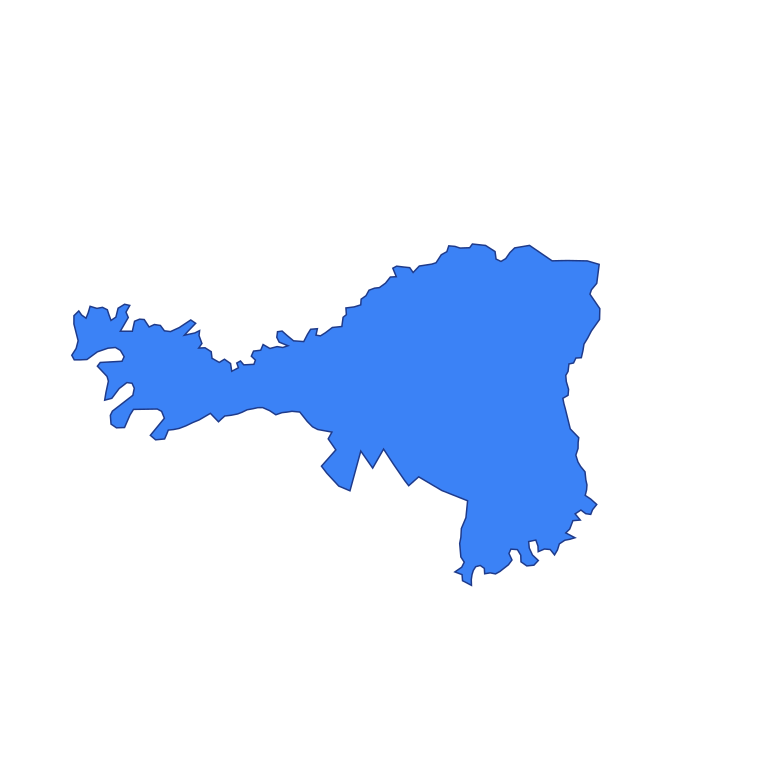 outline of Sarandi, Rio Grande do Sul, Brazil, rotated 324°
{"feature_id": "56859067B70235008034954", "entity_name": "Sarandi", "entity_type": "district", "adm_level": 2, "iso_a3": "BRA", "parent_name": "Brazil", "parent_adm1": "Rio Grande do Sul", "projection": "robinson", "projection_center": [-52.934, -27.931], "detail": "fine", "context": "isolated", "style": "filled", "palette": "blue", "viewbox_px": 768, "rotation_deg": 324, "n_neighbors": 0, "source": "geoboundaries", "source_scale": "gbopen_adm2", "svg_char_len": 3627}
<svg xmlns="http://www.w3.org/2000/svg" viewBox="0 0 768 768"><g transform="rotate(324 384 384)"><path d="M448.1,620.6L443.5,611.3L449.0,610.5L456.5,605.6L462.8,609.4L462.3,601.4L469.2,601.7L471.0,607.5L474.6,611.0L478.8,608.3L485.3,606.5L483.6,598.6L481.3,592.4L485.7,588.7L488.9,584.9L491.0,580.1L495.0,573.2L494.6,566.1L495.1,561.0L497.4,554.3L503.1,550.2L506.7,545.4L510.0,541.9L508.3,529.8L516.2,510.4L518.0,505.6L520.3,500.7L526.3,501.3L530.2,496.8L532.9,489.2L536.1,483.9L540.3,482.0L545.4,476.5L549.7,478.4L554.5,475.8L559.1,478.7L564.6,473.9L569.2,469.3L575.7,466.6L582.9,463.0L596.3,458.5L602.9,449.9L603.4,432.4L607.2,429.7L615.3,427.6L628.4,413.7L620.8,403.9L605.2,392.1L599.5,388.1L592.4,383.2L583.2,357.4L569.7,350.7L563.1,351.7L556.2,354.1L550.7,353.6L548.1,348.8L551.7,342.1L547.6,331.6L537.8,322.7L533.4,324.1L525.4,318.7L522.3,314.4L517.6,310.3L512.6,313.9L506.3,313.1L497.4,316.5L493.1,315.1L481.9,309.3L473.1,310.9L473.2,305.0L468.1,300.4L463.5,296.1L459.2,295.5L457.0,304.4L452.0,301.2L444.5,303.3L436.9,303.3L432.7,300.9L427.0,299.3L421.3,302.0L415.4,301.9L411.7,306.3L405.2,304.1L397.9,300.1L394.3,305.8L390.1,306.0L383.7,312.7L375.4,307.9L366.7,308.1L360.9,307.7L357.7,304.5L362.6,300.1L356.8,296.6L351.4,298.8L344.0,302.5L336.2,295.9L334.1,287.8L332.7,281.3L328.6,279.1L324.7,283.2L323.8,288.5L328.8,296.6L323.6,295.0L319.5,290.9L312.6,288.2L309.4,281.0L304.1,284.2L297.8,280.7L293.0,283.5L294.0,289.1L290.3,291.6L281.8,286.1L281.4,281.0L277.2,280.5L275.8,285.3L268.3,284.2L271.9,277.2L269.5,270.2L263.4,269.7L260.0,262.1L263.2,256.3L260.5,249.5L255.2,246.0L260.5,244.2L262.8,236.1L266.2,232.4L260.9,231.5L251.2,227.2L255.9,226.2L267.3,224.2L265.3,218.6L251.5,218.0L242.1,216.1L237.6,211.9L237.5,205.2L233.2,200.9L227.5,199.8L227.9,190.9L224.4,187.9L219.1,186.6L211.4,193.4L201.7,186.3L216.2,179.9L217.5,174.2L224.5,171.0L221.0,167.0L213.4,166.4L206.4,172.3L200.5,172.1L202.2,166.2L203.8,161.3L201.3,156.5L196.2,154.1L191.9,148.4L186.3,152.7L181.6,155.6L179.9,150.5L180.0,145.5L173.3,146.5L168.4,153.2L162.0,169.2L155.8,174.3L148.3,177.2L147.6,182.4L152.6,186.0L158.1,189.6L171.0,189.5L181.8,192.8L188.2,196.6L190.5,201.9L189.8,209.2L185.4,211.6L167.1,199.8L162.6,201.1L164.4,215.1L162.7,219.7L154.1,227.4L148.5,232.9L155.4,235.6L167.1,232.0L176.8,231.7L180.6,235.3L179.5,240.6L174.2,245.5L148.3,246.3L144.2,248.5L139.6,256.0L141.8,262.2L148.5,266.7L160.4,259.7L166.4,257.3L185.9,271.0L188.0,275.4L186.2,282.6L164.8,288.2L166.4,294.9L174.2,299.5L178.3,297.1L182.4,294.5L186.9,297.1L192.1,299.5L199.1,301.4L206.8,302.8L213.3,304.4L226.3,305.7L227.9,317.3L232.2,316.7L236.4,316.3L241.9,319.4L248.0,322.2L252.5,323.4L258.1,324.4L263.5,327.0L267.9,328.9L272.0,331.8L275.8,338.3L278.4,345.3L284.6,347.2L289.2,349.8L293.5,352.0L299.4,357.2L299.7,364.1L299.9,369.2L301.0,376.6L303.6,381.8L309.5,388.0L313.6,392.3L306.6,395.6L306.3,409.0L285.1,413.7L285.3,422.5L287.4,440.0L293.7,450.4L325.8,424.6L325.4,445.4L345.4,436.4L344.5,454.7L344.0,474.4L344.2,480.8L357.5,479.5L368.2,504.2L383.0,527.6L371.7,540.3L361.6,546.4L356.1,553.2L351.5,557.5L344.5,569.1L344.2,575.3L339.2,577.9L330.9,577.7L335.1,584.1L331.9,589.3L336.4,598.3L339.6,593.6L343.1,590.0L346.7,587.3L350.8,585.7L355.2,587.4L356.8,592.1L353.9,596.7L358.9,599.2L362.6,603.2L367.6,603.8L372.4,603.6L378.4,603.4L384.1,601.6L385.5,594.5L389.6,592.2L394.6,596.4L394.0,602.9L390.3,608.4L392.6,615.1L398.8,618.7L405.1,617.5L403.6,609.6L405.1,602.1L408.4,596.5L415.1,599.5L413.3,605.6L410.2,610.3L416.8,611.8L421.2,615.6L421.5,622.5L426.8,620.2L431.9,616.4L438.5,616.7L443.2,618.9L448.1,620.6Z" fill="#3b82f6" stroke="#1e3a8a" stroke-width="1.5"/></g></svg>